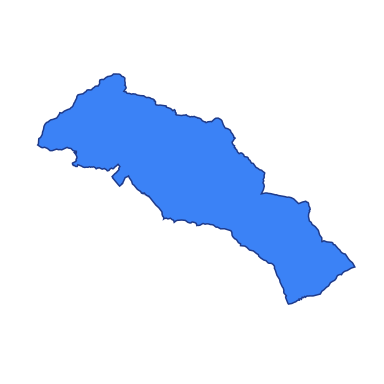 Dofteana, Bacau, Romania, rotated 253°
{"feature_id": "2599482B75140484228635", "entity_name": "Dofteana", "entity_type": "district", "adm_level": 2, "iso_a3": "ROU", "parent_name": "Romania", "parent_adm1": "Bacau", "projection": "mercator", "projection_center": [26.493, 46.301], "detail": "fine", "context": "isolated", "style": "filled", "palette": "blue", "viewbox_px": 384, "rotation_deg": 253, "n_neighbors": 0, "source": "geoboundaries", "source_scale": "gbopen_adm2", "svg_char_len": 6007}
<svg xmlns="http://www.w3.org/2000/svg" viewBox="0 0 384 384"><g transform="rotate(253 192 192)"><path d="M247.1,241.6L251.6,241.4L252.9,240.7L254.9,238.8L255.2,238.0L255.6,236.2L255.2,234.9L253.5,231.3L253.9,230.7L254.5,227.8L254.3,226.8L254.2,225.7L255.2,225.2L255.5,224.4L257.2,222.6L258.9,222.1L260.4,220.8L260.5,220.2L261.1,219.6L261.1,219.0L261.9,218.5L262.5,217.4L263.6,216.3L263.8,214.6L264.3,213.7L264.3,212.6L264.6,211.7L265.0,211.5L266.2,209.8L267.6,209.0L267.5,207.7L267.9,206.8L268.2,204.3L270.3,199.5L271.0,199.5L271.2,199.3L271.7,199.8L272.6,199.8L273.0,199.4L274.9,199.7L275.9,199.2L275.3,197.5L278.0,196.0L280.6,192.3L281.9,192.4L284.5,186.8L284.7,185.4L285.7,183.3L286.2,182.9L287.2,182.9L289.0,183.5L289.8,182.9L289.8,183.2L291.1,182.8L292.0,182.2L293.6,179.9L294.4,179.4L295.3,177.7L295.5,176.3L296.5,175.2L298.1,174.0L299.3,170.8L300.7,168.0L302.3,166.4L302.7,165.2L303.2,164.3L303.2,162.8L304.6,161.0L305.1,159.3L305.7,158.5L307.3,158.1L307.3,157.4L308.2,156.2L310.8,159.5L313.1,159.4L313.9,158.9L314.3,159.5L316.4,160.1L317.8,160.1L320.5,161.1L322.3,160.0L323.0,158.8L325.3,157.7L326.1,156.7L327.8,151.4L326.9,149.7L326.7,148.0L327.1,144.8L326.7,144.1L326.7,143.4L325.4,140.4L325.5,139.9L326.0,138.9L326.1,136.8L325.0,136.0L322.8,135.4L321.7,134.5L321.4,133.6L320.8,133.3L321.0,132.0L321.3,131.5L321.3,130.2L320.7,129.3L320.0,127.0L319.2,126.1L319.2,124.8L319.9,123.1L320.1,122.3L320.1,121.3L319.2,120.2L318.8,119.5L318.7,118.5L317.8,116.7L318.3,111.5L317.1,109.9L315.4,109.1L313.2,106.9L312.6,106.6L311.5,105.2L309.2,103.4L308.4,102.3L308.1,101.1L307.2,99.6L307.2,97.4L306.7,93.6L305.7,91.1L305.7,90.3L306.5,88.8L304.9,87.7L304.5,86.9L303.6,86.0L302.3,84.2L302.1,80.1L302.3,78.1L301.7,76.2L301.1,75.1L301.1,73.8L300.8,72.9L299.8,71.3L298.1,69.7L295.1,68.2L293.0,66.6L290.9,65.7L288.5,63.2L288.2,62.5L288.0,61.6L287.7,61.0L283.4,59.4L282.6,58.9L282.1,58.2L279.3,60.4L278.3,61.5L278.0,62.3L277.9,64.1L275.9,66.5L273.0,68.4L272.4,70.4L272.6,75.0L271.5,76.7L271.2,78.2L270.4,79.8L271.2,85.6L270.2,86.6L269.0,89.0L266.2,90.5L264.7,93.3L263.6,93.0L262.8,92.5L263.1,91.9L264.3,91.5L264.2,90.9L262.0,91.8L259.8,92.2L258.3,92.0L257.2,90.8L256.5,90.5L256.0,90.6L255.8,90.2L255.2,89.9L254.6,86.2L254.2,86.0L253.4,85.9L252.1,86.3L252.2,86.8L251.9,87.1L250.4,88.3L250.0,89.7L251.5,90.8L249.0,94.0L247.7,95.1L246.8,96.7L246.7,98.0L246.0,99.8L246.2,101.3L245.3,102.3L245.4,103.0L244.9,104.2L244.9,105.3L243.3,106.8L242.3,107.0L242.2,107.2L242.4,107.4L242.2,107.6L242.6,108.8L242.3,109.4L242.4,110.3L240.1,112.8L240.1,114.8L240.0,115.3L239.6,115.4L238.5,116.6L237.0,117.2L236.9,117.6L236.9,118.9L237.8,120.0L238.4,121.8L237.4,123.0L237.3,123.6L238.7,126.1L239.0,127.2L240.1,129.4L237.4,130.5L236.1,128.9L234.8,128.8L232.5,124.9L232.1,123.7L230.1,120.1L229.2,120.5L228.8,120.2L220.9,123.5L218.8,124.5L220.3,127.9L220.6,127.7L220.8,128.3L225.3,132.3L225.6,135.1L225.9,136.0L224.0,136.2L220.1,137.4L217.1,137.4L215.3,138.6L210.4,140.6L207.5,143.0L205.7,143.4L205.4,144.4L205.1,144.4L205.2,145.0L204.6,145.2L204.8,146.3L203.1,146.6L203.1,146.9L202.5,147.5L201.9,147.7L201.2,148.7L200.5,148.9L200.6,149.5L190.1,153.6L186.6,155.7L181.9,157.4L180.1,157.2L179.8,156.9L177.5,156.9L177.1,157.2L175.5,157.5L174.5,157.0L174.7,157.5L174.5,159.8L173.3,161.1L173.2,163.7L171.2,165.0L170.5,166.0L169.9,166.2L168.2,166.1L169.1,168.4L169.2,169.6L168.2,174.0L166.8,177.3L164.2,179.2L162.9,181.1L162.8,182.3L163.2,182.9L163.2,183.7L161.9,185.8L160.7,186.9L158.5,186.8L158.5,187.5L158.1,188.5L157.9,189.9L158.7,193.1L158.5,193.7L157.4,195.1L157.2,197.1L156.5,198.7L155.6,199.9L154.9,201.7L154.1,202.9L151.6,204.5L151.2,205.1L151.0,206.1L148.4,208.6L147.4,212.3L143.7,217.8L141.9,218.3L139.0,217.7L137.5,217.9L134.8,219.1L134.3,219.9L132.9,220.8L129.9,221.6L128.3,223.3L126.5,222.7L124.8,226.8L123.0,228.3L119.7,230.0L117.7,233.5L114.3,235.7L112.8,237.1L111.1,237.1L108.8,238.4L105.9,240.8L104.7,242.7L101.9,244.1L101.3,244.9L100.7,246.8L100.2,247.4L99.1,248.3L97.2,249.1L96.1,249.0L95.0,248.5L93.1,248.8L87.5,248.9L82.8,250.2L79.9,249.9L75.1,250.6L73.4,251.2L71.1,251.1L69.7,250.5L68.4,250.4L65.1,251.9L64.3,250.8L63.4,250.7L57.6,251.2L56.6,251.5L56.2,254.9L56.7,258.1L56.6,258.9L57.4,260.9L57.5,262.3L57.2,263.0L58.3,263.1L58.1,263.7L58.1,264.7L57.4,265.3L59.1,266.6L58.4,267.8L59.1,269.3L58.2,269.8L58.8,271.0L58.8,271.8L58.2,273.9L58.3,274.3L57.9,275.1L57.2,277.6L56.9,284.9L59.1,287.1L60.0,289.7L61.6,292.7L62.2,295.1L64.8,297.9L65.4,300.0L65.9,302.7L67.1,304.5L69.0,306.0L69.6,306.9L69.9,308.7L69.7,310.0L69.2,310.8L70.5,312.2L71.4,314.3L71.6,315.8L71.5,317.4L72.7,322.2L72.7,325.8L76.6,325.0L77.6,324.7L80.0,323.1L82.2,322.1L87.8,320.5L88.7,319.0L89.9,317.7L91.5,316.8L93.3,316.4L95.1,315.2L99.8,313.2L100.4,311.8L101.9,311.8L102.9,311.1L104.9,306.3L106.8,303.9L106.5,302.3L106.6,301.7L110.3,302.7L113.0,301.7L114.1,301.5L118.4,301.6L122.7,299.8L124.5,298.5L125.7,297.4L128.1,297.1L130.0,295.8L134.4,296.2L136.4,296.9L138.0,297.8L138.9,298.8L139.5,299.0L139.9,298.8L140.7,299.5L140.8,299.9L142.4,300.1L144.6,299.7L147.0,300.1L148.0,299.9L149.0,298.6L149.9,298.1L150.1,294.6L149.7,290.9L149.8,290.5L155.6,287.3L157.6,285.2L158.8,283.1L159.2,281.4L160.4,279.6L163.4,273.6L164.6,272.0L164.9,271.0L167.5,266.7L168.4,264.5L169.0,263.6L169.5,262.3L170.0,257.8L173.4,261.0L176.4,262.8L178.4,263.0L179.6,262.6L180.6,262.8L181.0,263.4L181.8,263.9L183.0,263.7L183.6,264.1L184.6,265.2L187.0,265.9L188.5,266.9L189.2,267.1L191.3,265.5L192.4,265.0L193.5,263.2L195.5,261.8L196.8,260.4L201.2,259.0L201.6,258.7L202.2,257.4L202.6,257.2L205.3,256.7L206.5,255.7L208.1,255.7L209.1,255.2L210.6,252.4L212.5,252.3L214.2,251.4L214.8,250.7L214.7,250.6L215.2,249.7L214.9,248.8L214.9,248.3L217.0,247.2L219.1,247.1L220.4,246.3L221.5,246.3L221.8,245.6L222.3,245.5L223.8,246.2L224.7,245.3L226.7,244.8L228.0,244.9L229.0,246.5L230.1,247.5L230.9,249.0L231.2,248.9L232.0,247.9L233.0,248.2L235.5,247.7L237.7,246.8L239.8,246.7L241.7,245.1L242.9,243.5L243.0,242.9L243.8,242.3L247.1,241.6Z" fill="#3b82f6" stroke="#1e3a8a" stroke-width="1.5"/></g></svg>